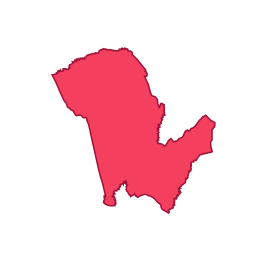 the district of Tap Khlo, Phichit, Thailand, rotated 138°
{"feature_id": "78962969B53438077198492", "entity_name": "Tap Khlo", "entity_type": "district", "adm_level": 2, "iso_a3": "THA", "parent_name": "Thailand", "parent_adm1": "Phichit", "projection": "robinson", "projection_center": [100.596, 16.192], "detail": "fine", "context": "isolated", "style": "filled", "palette": "rose", "viewbox_px": 256, "rotation_deg": 138, "n_neighbors": 0, "source": "geoboundaries", "source_scale": "gbopen_adm2", "svg_char_len": 5771}
<svg xmlns="http://www.w3.org/2000/svg" viewBox="0 0 256 256"><g transform="rotate(138 128 128)"><path d="M92.2,202.1L93.1,202.8L93.4,203.5L94.0,203.2L94.7,203.8L95.6,203.8L95.7,204.3L97.4,204.7L99.3,203.7L99.9,203.8L100.8,204.3L101.7,205.5L102.0,205.1L102.5,205.2L103.0,205.9L104.0,206.3L104.4,207.0L105.9,207.5L106.2,207.3L106.8,208.1L108.1,208.8L108.7,208.7L109.3,209.3L110.4,209.4L111.4,208.8L112.4,209.2L113.1,209.0L113.2,209.4L113.8,209.5L114.6,208.7L114.9,209.4L115.3,209.6L115.2,210.6L115.9,210.6L116.1,211.1L116.4,210.8L116.8,211.4L117.4,211.1L118.1,211.4L118.5,211.1L118.6,211.7L118.1,211.8L118.0,212.4L118.5,212.2L119.5,213.2L119.6,212.4L120.4,213.2L120.6,212.4L121.2,212.3L121.7,213.6L121.9,213.1L122.0,213.6L122.5,213.5L122.6,212.9L123.0,213.5L124.1,213.1L124.5,213.9L125.0,213.5L125.2,214.0L125.4,213.3L126.4,213.2L128.1,213.5L129.0,214.0L129.7,213.8L130.0,213.2L130.4,213.3L130.8,211.9L131.3,212.2L131.5,211.9L131.7,212.2L132.1,211.8L133.5,211.9L133.6,211.6L134.3,212.3L134.2,212.7L134.9,213.2L134.7,213.9L135.3,214.4L135.7,214.3L135.8,214.7L136.7,215.4L137.8,214.6L138.0,213.8L139.0,214.2L139.8,215.0L139.5,216.2L140.5,215.6L141.0,215.7L140.6,216.8L141.3,217.0L141.9,216.3L142.4,217.1L143.5,216.5L144.0,216.7L143.8,215.9L144.6,215.9L148.8,218.3L151.2,209.5L154.8,199.1L157.3,190.5L157.2,187.8L159.0,184.1L158.2,181.7L158.3,180.1L157.4,177.2L158.3,172.6L158.2,171.8L154.6,169.4L154.2,165.1L152.3,164.1L152.0,163.2L153.5,161.1L154.8,157.2L177.0,117.9L180.8,110.7L183.5,104.8L189.6,93.5L190.3,92.2L190.7,93.3L191.4,93.4L191.4,92.9L191.8,92.6L191.4,92.1L192.0,91.5L192.3,91.7L193.0,91.3L193.1,90.7L194.4,89.9L194.8,90.1L195.6,88.8L196.1,88.8L195.7,86.2L194.7,84.1L192.8,81.6L189.8,79.2L189.7,79.8L188.3,79.7L188.5,80.2L188.1,80.5L188.1,80.1L187.4,80.2L186.4,81.6L186.1,83.2L185.6,82.7L185.0,83.9L185.0,84.7L184.2,85.5L184.3,86.2L185.0,86.4L185.4,87.4L184.7,87.2L183.8,88.1L183.0,87.8L182.6,88.6L181.9,88.1L182.2,89.5L181.4,89.4L180.9,90.5L179.7,90.4L179.0,89.1L178.3,89.4L178.1,88.9L177.5,89.2L176.5,88.9L176.1,89.4L175.7,88.5L175.2,89.4L174.6,89.5L174.6,90.0L174.3,89.4L173.9,89.5L173.5,90.6L173.4,89.4L173.1,89.4L173.0,90.1L172.3,90.3L172.1,91.0L171.3,90.8L171.6,90.1L170.7,90.8L169.6,90.4L169.0,89.8L169.2,89.2L167.9,90.2L167.5,89.5L166.6,89.8L166.3,89.5L166.6,90.6L165.1,90.3L165.5,89.9L165.4,88.7L166.1,88.2L166.6,88.9L167.1,88.2L166.8,85.9L168.7,85.6L169.5,84.3L170.8,83.2L171.1,82.0L171.0,80.6L171.8,77.9L171.5,76.6L172.0,75.3L168.7,74.7L168.0,74.1L167.3,74.4L167.6,73.8L167.2,72.2L167.7,72.4L167.8,72.1L167.1,70.0L164.2,69.4L160.1,67.7L159.0,66.5L158.0,63.8L157.0,62.8L155.6,58.0L155.6,52.3L155.0,49.6L155.3,48.5L156.7,46.4L156.9,44.5L154.8,37.7L154.1,38.0L153.9,37.8L153.1,38.4L153.3,39.7L153.0,40.4L153.0,40.0L151.3,39.7L151.1,39.3L148.9,39.0L148.1,38.4L147.8,38.6L148.1,39.1L147.6,38.8L146.9,39.2L146.6,40.0L145.1,39.6L145.2,40.1L144.8,39.9L144.1,41.4L143.6,41.2L143.1,42.3L142.3,42.4L141.9,43.4L141.4,43.3L141.0,44.6L140.1,43.7L139.9,44.0L139.6,43.8L139.4,43.2L139.0,43.6L138.6,43.4L138.5,44.0L137.9,44.3L136.6,43.9L136.1,44.6L135.7,44.5L136.0,44.9L135.5,44.8L135.4,45.1L134.4,44.6L133.0,44.6L132.3,45.3L132.5,45.7L132.0,45.4L132.2,45.9L131.9,46.7L132.3,47.1L131.8,47.2L131.9,47.5L131.6,47.2L131.7,47.5L131.4,47.7L131.3,47.4L131.1,48.1L131.0,47.8L130.7,47.9L130.5,48.9L129.5,48.3L129.7,48.9L129.0,49.6L127.6,49.2L125.9,49.6L124.6,49.2L121.8,49.1L118.7,52.0L118.4,50.9L116.7,51.1L115.2,52.6L114.4,52.7L113.9,53.5L111.9,54.4L111.8,55.0L110.9,54.5L110.6,54.7L110.2,54.1L109.2,54.8L108.0,55.8L107.8,57.0L106.8,57.2L106.0,57.9L105.9,58.5L105.5,58.4L104.3,60.1L103.7,60.2L101.7,58.9L101.4,59.7L99.8,59.4L99.4,58.3L94.3,59.7L92.2,59.9L90.8,58.8L88.6,58.3L88.6,57.7L86.9,57.2L85.9,56.3L83.2,55.1L83.2,54.6L81.2,54.1L79.0,58.5L76.2,62.1L73.6,62.9L66.8,70.4L65.7,70.4L65.1,70.8L62.9,70.9L60.5,73.0L59.9,74.0L61.4,78.8L61.7,85.6L64.4,85.8L64.6,86.4L64.9,86.4L67.0,85.9L69.7,86.0L76.3,84.5L80.0,84.6L80.4,85.1L82.3,85.4L83.8,84.7L85.0,85.6L85.3,86.9L86.6,86.8L87.4,87.3L91.5,85.6L91.8,85.2L94.2,84.8L97.5,86.0L98.2,85.7L100.8,85.8L101.6,86.0L101.6,86.5L103.3,87.2L103.2,91.5L106.2,91.6L109.2,90.5L112.7,89.8L113.6,93.3L115.3,96.0L115.8,96.0L116.1,96.7L115.7,96.9L115.8,97.3L115.3,97.8L115.5,98.2L115.0,98.9L114.8,98.5L114.2,98.6L114.6,99.0L114.4,99.4L113.3,98.6L113.0,99.9L111.6,100.0L112.0,100.6L111.5,100.7L111.5,101.4L111.0,102.2L110.6,102.2L110.5,101.9L110.0,102.3L109.8,102.7L110.2,102.6L110.2,103.0L109.5,103.3L109.6,103.8L109.3,103.6L109.2,103.9L107.9,104.1L107.8,105.3L106.8,105.8L107.4,106.2L107.5,106.8L106.8,107.1L106.8,107.8L106.3,108.1L105.8,107.1L105.1,107.6L104.6,107.5L104.6,108.6L104.0,108.7L103.6,108.1L103.6,109.8L103.2,110.3L102.6,109.5L102.6,108.8L101.7,109.4L100.2,109.2L100.1,109.8L98.4,110.9L96.8,111.2L96.9,112.7L96.2,112.6L96.0,113.1L95.5,113.2L95.1,112.6L94.7,112.6L94.7,113.0L93.9,113.4L93.4,114.2L92.9,113.4L92.2,113.1L92.6,113.8L92.5,114.2L91.6,114.1L91.4,114.8L90.5,115.2L90.5,116.2L89.5,116.4L89.5,116.9L88.4,117.8L87.7,119.0L87.5,118.9L87.4,119.9L86.3,120.1L86.2,120.6L85.7,121.0L86.3,121.3L86.0,122.4L86.5,122.7L86.2,123.5L86.8,124.1L88.1,124.0L89.4,122.8L91.0,122.3L89.6,126.1L87.1,129.5L86.9,133.3L88.5,135.4L88.5,136.5L87.9,138.6L83.8,146.8L81.1,155.3L79.6,154.0L78.8,154.2L77.3,155.8L77.0,157.6L77.5,158.8L76.1,159.0L75.3,173.0L75.7,180.1L74.7,180.7L74.3,181.6L74.6,183.4L76.1,184.9L75.9,185.2L76.2,186.1L75.8,186.4L76.1,186.6L75.6,187.2L76.6,188.1L76.8,189.2L77.4,188.7L77.6,189.6L78.5,189.5L79.0,191.4L79.5,191.3L79.7,190.8L79.9,191.2L80.7,190.9L81.0,191.2L80.9,191.7L81.6,192.4L83.4,191.6L84.7,193.1L85.2,193.2L85.8,194.2L87.0,195.0L87.3,195.4L87.0,195.8L88.2,196.7L88.3,197.6L88.8,198.2L91.4,199.9L91.1,200.6L91.9,201.1L91.9,201.5L92.3,201.7L92.2,202.1Z" fill="#f43f5e" stroke="#9f1239" stroke-width="1.5"/></g></svg>